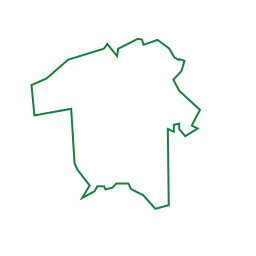 Juba, Central Equatoria, South Sudan (orthographic projection), rotated 245°
{"feature_id": "79223893B61077901252755", "entity_name": "Juba", "entity_type": "district", "adm_level": 2, "iso_a3": "SSD", "parent_name": "South Sudan", "parent_adm1": "Central Equatoria", "projection": "orthographic", "projection_center": [31.407, 4.711], "detail": "fine", "context": "isolated", "style": "outline", "palette": "green", "viewbox_px": 256, "rotation_deg": 245, "n_neighbors": 0, "source": "geoboundaries", "source_scale": "gbopen_adm2", "svg_char_len": 713}
<svg xmlns="http://www.w3.org/2000/svg" viewBox="0 0 256 256"><g transform="rotate(245 128 128)"><path d="M168.5,203.9L168.1,203.0L172.2,199.9L182.8,198.9L195.4,192.0L196.8,177.3L202.3,178.0L204.7,174.5L204.3,164.0L204.0,152.6L197.8,148.5L212.9,144.7L211.7,142.6L210.1,139.9L215.2,102.5L207.3,75.0L207.7,58.7L179.0,48.5L169.4,84.6L118.5,64.6L111.1,64.6L92.1,69.0L84.0,56.9L84.7,70.6L88.1,75.7L85.3,81.6L81.9,81.6L80.5,88.8L82.6,93.9L77.5,104.9L71.3,104.9L60.7,113.4L43.3,118.6L40.8,132.3L110.3,163.7L105.3,168.0L111.5,170.9L110.3,176.2L105.3,174.0L96.4,176.4L98.1,190.9L103.3,186.8L114.0,200.9L139.9,190.2L152.6,189.5L157.0,200.5L164.9,207.5L168.5,203.9Z" fill="none" stroke="#15803d" stroke-width="2"/></g></svg>